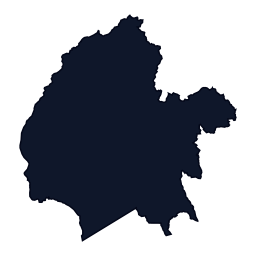 Mackenzie District, Canterbury, New Zealand
{"feature_id": "76426892B16622223508882", "entity_name": "Mackenzie District", "entity_type": "district", "adm_level": 2, "iso_a3": "NZL", "parent_name": "New Zealand", "parent_adm1": "Canterbury", "projection": "albers", "projection_center": [170.575, -43.938], "detail": "fine", "context": "isolated", "style": "filled", "palette": "ink", "viewbox_px": 256, "rotation_deg": 0, "n_neighbors": 0, "source": "geoboundaries", "source_scale": "gbopen_adm2", "svg_char_len": 5791}
<svg xmlns="http://www.w3.org/2000/svg" viewBox="0 0 256 256"><path d="M43.7,96.1L40.4,98.4L39.4,100.9L37.3,102.6L36.2,104.1L35.5,104.2L34.2,108.3L34.3,109.8L31.9,116.0L29.6,118.0L28.4,119.8L27.1,120.5L26.5,121.8L26.1,124.1L23.8,127.3L21.6,133.1L21.2,140.0L20.1,145.3L20.1,147.9L22.1,153.9L24.1,157.4L27.7,161.0L29.2,163.5L28.9,165.3L27.5,169.2L24.5,172.6L24.3,173.6L24.8,174.8L27.2,177.3L27.8,179.0L27.5,180.1L28.7,180.7L29.9,182.7L30.0,184.5L29.7,185.1L30.0,186.0L29.8,187.0L30.2,189.5L29.8,192.8L29.9,196.4L31.9,199.3L32.7,199.9L34.8,200.1L37.5,198.9L38.7,199.6L39.3,202.2L41.2,202.3L42.1,202.1L42.6,200.8L44.4,200.1L44.8,200.5L45.3,200.3L45.2,199.4L46.4,197.5L48.0,198.0L48.8,197.1L49.1,197.7L48.5,198.7L48.9,199.1L49.8,198.6L51.5,199.1L53.0,198.6L55.5,199.9L56.8,200.0L57.8,201.1L61.8,201.8L62.9,202.8L64.8,203.2L66.1,204.3L69.4,205.9L73.9,209.5L77.9,214.8L80.0,216.1L79.9,218.1L80.3,220.4L79.7,223.0L80.5,225.4L81.0,225.9L82.8,230.5L82.8,234.5L81.6,235.8L82.5,240.6L136.1,207.9L136.1,208.9L137.5,210.4L138.4,212.3L138.8,214.6L141.6,216.4L145.6,215.8L145.8,217.3L146.9,218.9L147.0,220.7L147.7,221.1L149.1,223.0L160.9,223.1L161.1,225.5L161.9,226.4L163.3,230.3L164.1,231.1L165.0,233.9L166.2,235.5L171.1,234.2L169.7,232.1L168.0,230.4L167.7,229.7L168.0,228.9L167.7,228.8L168.8,227.0L168.6,226.6L168.8,225.5L168.5,225.4L168.9,225.0L168.4,224.7L168.3,224.1L168.7,223.8L168.5,223.2L169.0,222.5L168.8,221.9L169.1,221.5L168.8,221.1L169.2,220.4L170.2,219.2L170.6,219.2L170.8,218.5L172.2,217.9L172.5,216.7L174.6,216.9L175.9,216.4L176.0,215.7L177.0,215.4L176.7,214.7L177.0,213.6L180.0,211.8L182.1,211.9L183.5,211.2L184.4,211.7L187.8,212.1L188.0,213.0L189.5,214.3L190.4,217.0L190.4,218.4L191.2,218.9L193.0,218.8L195.4,220.3L197.7,221.1L197.7,220.5L195.7,216.7L194.6,211.5L192.9,208.8L193.2,208.8L193.4,208.1L193.0,208.0L193.2,207.6L192.8,207.1L193.2,206.6L192.2,205.4L191.0,205.0L190.3,202.3L189.2,200.9L188.4,200.5L187.3,198.2L185.9,197.0L185.4,193.5L184.2,190.8L182.9,189.7L182.9,187.3L182.3,186.0L181.5,185.3L180.6,180.5L180.0,179.0L181.9,176.0L181.2,173.9L181.6,170.7L182.4,170.5L182.8,171.0L183.7,171.2L184.2,171.7L184.2,172.4L184.8,172.6L184.9,173.0L185.5,172.5L186.2,173.2L187.3,173.1L187.4,174.4L187.9,174.6L188.1,175.4L189.0,175.8L190.2,175.6L191.3,176.5L191.4,177.4L195.8,176.9L198.3,178.3L200.3,178.5L200.8,177.7L201.1,176.4L200.7,174.9L201.7,172.5L201.4,170.2L200.6,169.1L200.6,168.4L199.8,167.3L198.8,164.7L198.9,163.0L198.4,161.6L198.7,160.9L198.4,160.5L198.5,159.8L197.8,159.0L198.8,157.7L198.4,155.7L198.1,155.4L197.2,155.7L196.5,155.0L197.1,154.1L198.0,154.0L198.3,152.8L199.8,150.3L196.3,147.3L195.8,146.2L196.9,145.4L196.7,145.1L195.5,144.1L195.0,144.3L193.0,142.9L194.2,142.2L194.6,141.3L196.2,140.5L197.2,139.0L196.6,138.7L196.4,137.3L196.9,135.6L196.9,134.0L200.4,133.7L199.9,132.1L200.7,130.3L199.2,128.8L199.3,125.0L200.3,124.4L203.9,128.7L203.4,129.5L206.5,132.6L208.9,131.9L210.8,133.0L211.8,132.7L213.5,133.1L214.4,132.6L214.3,131.0L215.0,130.4L215.6,128.0L216.6,127.0L219.8,126.9L220.7,126.5L224.8,127.1L226.1,126.4L227.1,126.6L228.7,126.1L229.5,125.0L228.6,124.3L228.8,123.3L228.2,122.5L229.2,121.6L227.9,120.8L228.0,119.0L231.3,118.7L232.1,118.3L232.8,118.7L233.8,120.3L234.4,120.3L235.2,120.0L235.1,119.6L235.4,119.1L235.2,118.0L235.6,118.1L235.9,117.7L235.2,115.6L235.3,114.5L234.3,113.4L235.0,112.6L234.9,111.4L235.4,110.8L235.7,109.5L234.9,109.8L234.1,108.9L233.9,107.7L231.9,106.2L231.3,104.8L230.1,104.4L228.9,101.5L227.7,100.2L225.4,100.5L223.7,97.8L224.1,97.0L223.2,94.5L222.4,95.0L219.7,95.0L218.5,93.5L217.3,93.2L217.0,92.4L215.9,91.7L215.6,89.7L215.2,89.1L212.5,88.6L212.4,87.9L211.7,88.9L209.5,90.0L207.2,88.1L205.8,87.7L203.1,87.7L201.6,88.5L199.5,91.1L197.9,92.2L194.0,93.9L192.9,95.1L191.0,94.9L188.2,96.4L188.6,97.6L189.1,97.6L188.7,99.6L186.7,99.9L185.0,99.3L183.8,101.1L181.9,101.1L180.5,100.5L178.9,98.7L179.1,97.7L178.8,97.2L178.9,96.5L179.3,95.7L177.2,94.3L174.3,93.5L173.6,92.9L172.7,93.6L172.1,95.0L168.5,93.3L168.7,93.9L168.0,96.4L166.5,98.7L166.3,101.1L165.3,102.2L163.3,102.3L161.5,101.6L160.2,101.8L159.3,101.2L158.0,99.7L158.9,98.6L159.3,96.6L160.1,95.8L160.8,94.2L161.5,91.0L160.6,90.2L159.3,91.0L158.7,90.4L157.1,91.2L155.9,90.5L154.8,88.0L153.5,86.2L154.4,85.1L154.7,84.2L154.4,83.5L154.7,82.8L153.9,82.2L153.1,80.8L153.4,79.8L155.4,77.0L154.6,74.6L157.1,71.6L156.0,70.2L157.3,68.8L157.6,67.8L156.9,66.8L157.4,65.3L159.6,63.2L160.7,60.0L162.0,58.6L161.4,56.0L160.0,54.8L159.2,53.3L159.0,51.9L158.5,51.3L158.5,50.4L160.3,48.4L160.0,46.5L157.4,45.8L155.4,46.1L154.6,45.7L154.4,45.0L153.7,44.4L152.6,44.6L151.6,43.7L150.8,44.3L150.0,44.1L148.4,42.0L147.4,41.8L146.3,40.7L146.6,40.0L146.2,39.2L146.2,37.8L145.6,36.8L144.3,36.0L144.4,35.0L144.2,33.9L144.7,32.8L144.4,32.3L141.2,31.5L140.0,30.0L138.7,29.4L138.5,27.9L137.5,27.1L140.1,26.7L140.8,24.0L142.5,22.6L142.7,20.0L142.1,20.2L140.8,19.8L138.9,20.5L137.3,19.6L137.2,18.8L137.8,18.1L137.2,17.2L133.6,18.4L133.0,17.9L131.9,17.9L131.6,17.1L130.2,16.3L130.0,15.4L129.5,15.4L128.2,17.1L127.6,17.3L127.5,18.5L126.5,19.3L124.3,18.9L121.0,20.3L120.3,22.2L118.7,24.3L118.5,26.3L114.6,27.3L113.5,29.1L112.2,29.8L111.0,32.0L108.6,34.2L104.4,35.5L103.7,36.1L102.5,35.9L101.0,34.7L99.3,34.2L99.1,32.9L98.5,31.4L98.9,31.1L98.3,30.7L97.3,32.8L93.8,35.0L88.8,37.4L87.3,37.0L84.4,37.6L82.9,38.7L81.7,40.0L81.2,41.4L80.6,41.4L80.5,42.0L78.9,43.5L78.9,45.2L78.2,46.0L76.8,46.7L75.8,47.8L73.8,47.5L73.2,48.1L72.4,48.2L71.9,48.7L71.9,50.0L70.2,50.5L69.2,53.8L66.7,53.4L62.8,55.1L61.9,56.5L61.9,57.6L62.7,58.6L62.0,61.5L62.9,62.5L63.3,64.3L63.0,65.7L62.2,66.6L62.4,68.0L61.8,69.0L59.1,71.5L56.9,73.0L54.2,73.7L52.2,75.5L52.4,76.9L51.3,78.8L52.1,80.2L52.5,82.5L49.9,84.3L48.8,86.2L47.7,86.3L44.6,87.6L44.3,88.7L45.5,90.3L43.4,93.1L44.1,94.8L43.7,96.1Z" fill="#0f172a" stroke="#020617" stroke-width="1.5"/></svg>